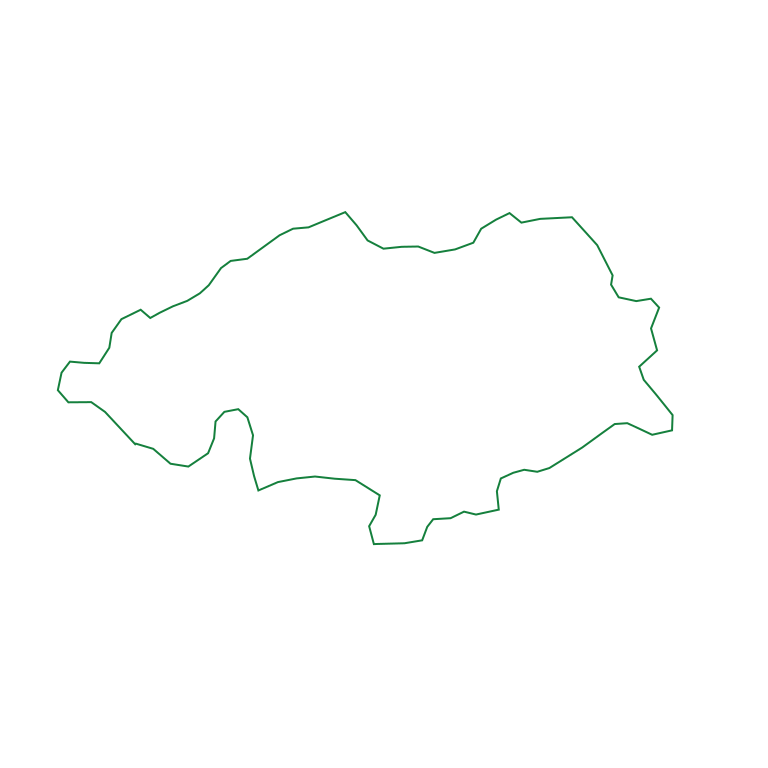 Hwasun-gun, South Jeolla, South Korea (Albers equal-area conic projection), rotated 234°
{"feature_id": "91817680B60872934813823", "entity_name": "Hwasun-gun", "entity_type": "district", "adm_level": 2, "iso_a3": "KOR", "parent_name": "South Korea", "parent_adm1": "South Jeolla", "projection": "albers", "projection_center": [127.037, 35.018], "detail": "fine", "context": "isolated", "style": "outline", "palette": "green", "viewbox_px": 768, "rotation_deg": 234, "n_neighbors": 0, "source": "geoboundaries", "source_scale": "gbopen_adm2", "svg_char_len": 1426}
<svg xmlns="http://www.w3.org/2000/svg" viewBox="0 0 768 768"><g transform="rotate(234 384 384)"><path d="M371.7,219.8L367.0,240.5L359.0,257.8L349.7,273.8L336.4,288.4L323.0,304.4L296.4,315.1L283.1,300.4L277.7,288.4L260.4,281.7L258.9,284.0L243.3,306.7L243.1,307.0L235.1,323.0L243.0,335.0L245.7,344.3L236.3,359.0L233.7,373.7L224.3,381.7L214.9,403.0L230.9,412.3L238.9,423.0L236.2,436.4L232.2,447.0L222.9,456.4L218.8,468.4L216.1,507.1L216.1,531.1L216.0,547.1L209.3,557.8L197.3,564.5L185.3,571.1L177.2,589.8L189.2,599.2L200.1,598.7L216.0,597.9L234.7,596.6L248.0,600.6L250.7,624.7L272.0,632.7L284.1,651.5L296.1,650.1L302.8,636.8L316.2,624.8L330.9,626.1L337.5,632.8L371.0,638.1L389.9,636.1L408.4,634.1L425.8,607.4L433.8,590.0L448.5,586.0L451.1,571.3L452.5,553.9L445.8,539.3L451.1,520.6L460.4,501.9L475.1,492.5L484.5,479.1L493.8,463.1L509.8,455.1L528.5,455.1L545.8,453.7L551.3,430.9L555.1,415.0L563.1,401.7L565.7,387.0L565.7,369.6L565.7,347.0L573.7,332.3L573.6,320.3L566.9,300.3L565.6,288.3L566.9,273.7L570.9,259.0L573.5,244.3L574.8,233.7L587.1,230.8L590.8,209.7L585.4,193.7L574.8,183.1L568.1,165.8L577.4,153.8L586.7,143.1L582.7,129.8L570.7,116.5L554.7,117.9L541.4,136.5L525.4,141.9L481.5,147.3L481.6,148.2L467.2,159.2L445.0,164.4L432.2,177.2L431.4,201.0L439.9,214.6L452.7,225.7L455.3,238.5L449.3,251.3L437.4,253.9L419.5,247.9L402.4,231.7L386.2,224.9L383.7,224.0L371.7,219.8Z" fill="none" stroke="#15803d" stroke-width="2"/></g></svg>